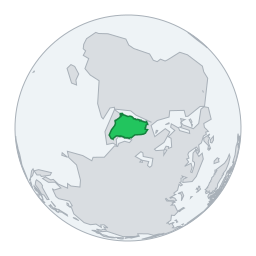 globe centered on Saudi Arabia, rotated 137°
{"feature_id": "SAU", "entity_name": "Saudi Arabia", "entity_type": "country or territory", "adm_level": 0, "iso_a3": "SAU", "parent_name": "Asia", "parent_adm1": "", "projection": "orthographic", "projection_center": [44.88, 24.248], "detail": "fine", "context": "on_globe", "style": "filled", "palette": "green", "viewbox_px": 256, "rotation_deg": 137, "n_neighbors": 0, "source": "natural_earth", "source_scale": "50m", "svg_char_len": 14013}
<svg xmlns="http://www.w3.org/2000/svg" viewBox="0 0 256 256"><g transform="rotate(137 128 128)"><circle cx="128" cy="128" r="113" fill="#eef3f6" stroke="#a8b0b8"/><path d="M152.3,18.0L149.6,17.4L148.8,17.3L152.2,18.0L153.3,18.4L148.4,17.3L149.8,18.0L141.2,16.9L129.0,15.5L123.4,15.9L108.8,17.2L109.4,17.3L104.3,18.4L103.0,19.0L100.6,19.4L101.7,19.6L104.0,19.1L105.3,19.1L104.8,19.6L101.7,20.0L101.5,19.9L100.3,20.3L99.0,20.4L99.4,20.6L95.7,21.3L98.5,21.3L94.9,22.4L92.7,22.7L94.0,21.8L92.1,21.3L90.7,21.7L99.2,19.1L108.0,17.2L116.8,15.9L125.7,15.4L134.7,15.6L143.6,16.4L152.3,18.0ZM81.9,25.2L76.7,27.8L74.2,29.0L73.6,29.4L81.9,25.2ZM70.2,31.3L70.9,30.9L74.5,29.0L75.0,29.0L79.3,27.0L80.1,26.8L84.1,25.4L82.3,26.7L78.4,28.8L75.0,30.2L73.2,31.4L75.4,31.1L68.2,35.2L61.8,40.6L60.1,41.7L58.4,41.4L60.9,38.3L58.7,39.2L58.9,39.9L54.5,43.2L53.3,44.4L52.8,45.2L53.9,44.5L52.2,46.1L51.4,45.6L53.0,44.2L53.2,44.3L54.3,43.0L53.8,43.2L61.8,36.9L70.2,31.3ZM15.4,132.5L16.0,137.3L17.5,145.7L18.4,152.0L19.0,156.3L19.2,157.2L17.3,149.1L16.1,140.8L15.4,132.5ZM84.8,24.8L84.5,25.1L83.9,25.2L84.8,24.8ZM86.9,24.0L86.5,23.9L87.4,23.5L87.7,23.6L86.9,24.0ZM156.9,19.2L157.7,19.5L156.0,18.9L156.9,19.2ZM87.1,24.2L89.1,22.9L90.8,22.2L92.9,22.0L87.1,24.2ZM157.5,19.5L159.4,20.5L161.6,21.1L156.5,20.4L156.6,19.5L154.2,18.7L156.4,19.3L157.5,19.5ZM105.0,18.8L102.5,19.3L105.1,18.6L105.0,18.8ZM106.4,18.4L112.7,16.7L116.2,16.4L113.4,16.9L118.3,16.5L117.0,17.1L113.9,17.5L111.9,17.5L112.9,17.8L106.4,18.4ZM153.4,20.0L153.1,20.2L152.4,19.8L153.4,20.0ZM106.0,19.1L106.9,18.7L110.1,18.4L108.7,19.2L108.1,19.0L106.0,19.1ZM120.3,16.1L122.4,16.2L121.9,16.7L122.6,16.8L117.2,17.1L120.3,16.1ZM107.2,19.3L108.0,19.6L106.0,20.2L105.3,19.5L107.2,19.3ZM111.4,18.0L112.9,17.9L111.6,18.2L111.4,18.0ZM99.5,22.8L100.6,22.1L102.3,21.8L99.5,22.8ZM108.4,19.7L109.0,19.5L109.8,19.4L110.0,19.8L108.4,19.7ZM117.2,17.6L116.6,17.8L119.4,17.4L119.1,18.0L115.6,18.2L117.0,18.3L116.9,18.5L114.1,18.5L117.2,17.6ZM112.5,19.8L107.9,20.5L105.5,21.8L103.9,22.0L108.0,20.0L112.5,19.8ZM113.7,19.0L112.6,19.5L111.1,19.4L111.0,19.0L113.7,19.0ZM120.2,18.3L121.5,17.4L122.3,17.5L120.2,18.3ZM112.1,20.2L113.2,20.0L112.0,20.2L112.1,20.2ZM118.0,18.8L118.4,18.5L119.2,18.5L118.0,18.8ZM115.1,20.1L113.6,20.2L113.5,19.9L115.1,20.1ZM116.6,19.5L117.7,19.6L114.3,19.7L116.7,19.3L116.6,19.5ZM118.7,18.9L119.3,18.8L118.4,19.1L118.7,18.9ZM116.4,21.3L112.2,21.5L111.9,20.7L116.0,20.6L116.4,21.3ZM34.6,141.0L31.4,122.5L34.3,117.4L35.8,110.0L57.2,91.7L60.6,94.6L76.2,95.7L77.9,97.1L74.9,102.6L85.7,112.2L90.5,108.0L101.4,113.5L109.4,114.1L114.3,103.4L101.2,102.1L100.1,96.6L111.5,92.9L123.1,94.5L123.0,92.4L116.7,87.3L120.3,83.8L114.6,85.3L116.2,87.5L112.6,88.7L111.0,86.7L112.3,85.5L109.1,84.2L103.5,91.1L104.5,94.1L95.4,94.3L96.3,99.5L93.5,101.5L91.0,93.5L92.0,90.9L86.6,81.9L84.8,84.6L89.7,93.4L87.7,92.5L85.3,96.7L85.6,92.7L80.7,82.9L73.2,83.1L61.9,92.0L57.9,91.7L55.3,88.2L61.2,77.7L69.5,79.6L71.7,76.4L71.5,70.7L74.0,72.0L75.0,70.0L78.3,70.7L84.4,67.1L87.9,67.4L91.8,62.0L94.1,61.6L91.2,64.8L91.0,67.5L100.1,68.8L102.2,67.9L104.0,64.4L106.3,65.4L106.8,61.8L112.7,61.3L106.0,59.2L107.9,55.5L112.2,53.2L111.6,51.7L104.6,55.6L102.8,57.5L103.3,59.7L97.5,65.3L94.1,65.8L95.6,58.9L90.9,59.0L94.1,54.0L111.1,46.0L117.6,45.1L125.1,50.8L122.8,52.9L118.9,51.7L121.2,56.0L121.7,54.1L123.5,55.1L125.8,52.3L127.3,52.9L127.0,49.3L129.0,49.7L129.1,52.0L134.2,48.7L138.8,49.1L139.3,48.1L138.5,46.9L144.8,48.5L144.9,47.7L142.8,46.9L141.6,44.8L141.9,42.0L144.1,42.7L144.3,43.8L148.0,47.4L148.1,50.6L149.0,50.6L149.4,48.1L144.9,43.6L144.5,41.7L147.0,43.5L146.1,42.7L146.5,42.0L149.0,42.1L146.5,40.0L148.7,32.7L153.8,32.4L155.7,34.6L159.6,31.3L165.0,32.0L163.1,31.1L163.6,29.3L161.9,29.1L161.1,28.5L161.7,24.8L163.5,24.7L161.6,22.7L160.7,22.4L159.2,22.3L156.5,20.4L161.6,21.1L163.6,21.8L165.4,22.0L169.7,23.8L174.0,25.7L177.6,28.0L180.8,29.6L181.1,29.5L185.7,31.8L193.8,37.3L185.6,33.0L173.1,26.3L178.1,28.9L176.5,28.5L178.0,29.6L181.5,31.6L182.2,31.7L185.5,36.9L193.0,44.0L193.7,42.3L196.5,43.6L205.7,51.9L213.9,66.9L217.8,70.0L219.7,72.8L220.0,75.6L217.2,71.5L215.2,71.0L213.6,68.5L213.1,72.1L210.8,68.7L211.5,73.5L214.0,75.7L215.3,73.5L216.9,79.5L221.4,82.9L224.6,88.7L226.2,102.1L223.7,108.1L224.2,110.2L221.8,109.1L220.7,114.4L226.9,123.6L227.4,126.9L224.7,135.3L224.3,133.0L218.0,129.9L218.3,138.1L223.2,142.5L224.9,149.3L221.8,148.5L219.9,142.7L217.7,141.4L217.2,134.4L213.2,125.2L210.1,128.6L209.3,124.5L203.4,117.6L198.3,122.3L190.8,136.1L191.5,146.8L188.2,152.3L179.9,138.7L176.8,128.7L173.5,130.4L165.3,122.8L150.0,124.1L148.2,121.5L145.2,123.0L139.5,120.6L136.9,116.3L133.3,116.7L140.4,128.1L144.3,127.7L148.1,122.9L149.3,127.1L154.8,130.4L147.4,141.0L125.3,150.7L123.8,142.6L110.3,119.9L111.1,117.4L111.0,117.1L110.9,116.6L109.0,120.6L106.9,116.1L113.4,132.0L114.3,138.7L125.0,151.1L123.8,152.4L127.5,154.9L140.0,151.6L139.9,154.2L133.6,166.5L116.9,182.3L119.5,192.5L119.0,200.8L109.4,205.6L111.2,211.6L106.4,213.3L106.7,216.5L103.3,219.4L97.4,221.6L86.4,219.9L85.0,217.1L78.4,210.6L68.9,194.5L70.9,188.1L69.6,182.2L61.7,167.4L63.3,160.3L61.4,156.6L57.3,156.2L55.2,151.7L52.8,150.9L38.5,148.1L34.6,141.0ZM48.6,102.5L47.8,104.7L48.6,102.5ZM134.7,101.9L142.1,102.3L139.9,95.4L142.6,95.1L140.8,93.0L139.7,94.9L135.7,89.3L139.3,87.3L138.9,84.4L136.4,84.2L130.5,88.8L136.3,96.8L134.1,99.6L134.7,101.9ZM54.6,43.2L54.6,43.3L53.7,44.3L53.4,44.4L54.6,43.2ZM54.2,46.4L51.4,48.9L53.2,47.0L52.3,47.4L54.8,44.1L59.3,42.1L56.8,43.5L54.2,46.4ZM59.5,39.7L57.4,41.7L59.5,39.6L59.5,39.7ZM76.9,59.9L77.6,61.4L75.6,63.3L71.1,63.7L73.9,60.8L76.9,59.9ZM78.9,63.2L81.6,56.7L84.5,56.5L82.4,57.6L84.1,58.1L81.2,60.2L81.3,66.7L79.6,68.9L72.2,67.9L75.6,66.9L74.8,65.3L78.9,63.2ZM83.3,43.3L84.5,41.2L89.3,43.3L87.6,45.0L83.0,45.3L82.3,43.4L83.3,43.3ZM90.6,24.3L90.8,23.9L91.6,23.7L92.2,23.8L90.6,24.3ZM99.9,22.5L90.9,25.9L90.6,25.6L85.6,28.3L82.9,28.6L86.2,26.7L80.5,29.2L82.4,27.7L78.5,29.6L86.2,25.4L87.6,24.3L87.0,25.3L89.4,25.0L90.9,24.6L96.3,22.6L100.6,20.6L103.7,20.2L104.8,20.5L104.2,21.0L102.4,21.0L102.9,21.6L99.8,22.0L99.9,22.5ZM115.0,28.5L113.1,27.7L113.7,30.3L110.6,30.1L110.9,30.5L108.2,31.1L105.3,32.6L104.1,32.3L103.5,33.1L101.7,33.6L100.5,34.6L97.9,34.5L96.2,35.7L95.9,35.0L93.8,37.2L94.2,35.6L91.9,36.4L92.7,37.5L81.4,36.4L76.3,37.6L71.9,39.7L73.2,37.1L78.3,33.7L84.9,30.6L89.5,29.9L89.3,29.1L91.5,28.6L90.8,29.5L93.2,27.8L94.8,27.7L100.6,25.9L103.1,23.9L105.3,23.3L105.1,24.1L107.4,23.0L108.6,24.1L110.2,23.7L112.9,24.6L111.7,26.5L113.6,26.0L115.7,26.8L115.0,28.5ZM117.1,21.6L116.3,23.5L114.2,24.4L110.3,22.6L108.6,22.7L106.1,21.9L109.2,20.6L109.6,20.9L110.8,20.9L109.3,21.3L111.4,21.1L112.0,21.6L113.8,21.6L113.0,22.1L117.1,21.6ZM80.6,95.3L82.1,95.9L84.6,96.1L83.1,99.0L80.6,95.3ZM77.1,88.7L78.6,88.6L77.7,92.4L76.1,92.0L77.1,88.7ZM80.2,85.5L78.7,88.3L78.6,86.5L80.2,85.5ZM92.6,64.7L94.2,64.5L94.1,65.4L92.8,66.5L92.6,64.7ZM116.0,37.3L115.3,36.4L116.0,36.1L116.6,33.8L118.9,33.9L119.5,35.3L116.0,37.3ZM111.6,105.1L108.9,107.0L107.9,105.9L109.0,105.4L111.6,105.1ZM95.0,103.1L98.4,105.0L94.5,103.9L95.0,103.1ZM118.7,37.1L118.6,36.0L119.8,36.7L118.7,37.1ZM120.6,33.9L122.2,34.5L119.2,33.7L120.6,33.9ZM158.3,233.0L159.2,233.4L157.4,233.7L158.3,233.0ZM138.6,199.4L131.9,213.2L126.5,213.3L125.0,209.4L127.2,201.1L133.4,198.6L136.3,194.5L138.6,199.4ZM234.8,157.6L235.6,156.9L235.5,157.4L234.8,157.6ZM234.1,157.1L235.2,156.0L233.7,158.3L234.1,157.1ZM235.5,155.5L236.6,153.3L237.1,152.0L236.9,153.1L235.5,155.5ZM233.3,158.0L227.8,162.4L225.3,162.9L226.2,160.7L230.2,158.3L233.3,158.0ZM225.9,160.8L221.8,158.5L214.4,147.5L217.1,146.6L224.5,151.7L224.1,153.4L226.6,155.7L225.9,160.8ZM234.9,145.2L234.4,150.0L231.6,152.1L230.2,152.5L229.3,147.5L229.8,144.1L231.1,143.3L234.5,129.6L236.0,130.8L235.2,136.1L236.3,139.0L234.9,145.2ZM192.1,147.7L195.0,153.2L193.0,154.8L192.1,147.7ZM234.9,121.1L234.2,127.0L234.5,119.8L234.9,121.1ZM234.4,114.8L235.0,116.9L234.0,115.4L234.4,114.8ZM225.1,113.3L223.8,114.8L223.3,113.2L224.6,110.5L225.1,113.3ZM227.1,93.8L228.9,98.3L229.3,100.1L227.8,97.8L227.1,93.8ZM138.6,38.4L135.2,41.3L134.2,43.9L136.1,46.0L132.0,44.5L133.4,40.5L138.6,38.4ZM147.2,33.2L145.5,31.7L147.2,31.7L147.8,32.1L147.2,33.2ZM145.5,32.7L141.7,32.1L141.3,30.9L144.4,31.6L145.5,32.7ZM130.1,34.1L128.9,34.9L128.0,34.2L130.1,34.1ZM216.0,198.3L215.6,198.7L218.1,195.5L222.1,188.5L222.5,188.1L225.1,182.7L230.9,173.1L235.8,160.4L236.2,159.3L233.4,167.7L230.0,175.9L225.9,183.7L221.2,191.2L216.0,198.3ZM236.7,155.3L238.1,150.2L238.5,149.0L236.7,155.3ZM240.3,136.9L240.4,135.4L240.5,132.9L240.3,133.2L240.6,130.1L240.6,130.8L240.3,136.9ZM239.4,139.9L239.3,141.2L239.1,140.8L239.4,139.9ZM239.7,138.5L240.1,138.2L239.6,139.7L239.7,138.5ZM237.0,139.3L237.3,141.7L238.4,138.4L237.5,142.1L237.9,145.7L237.5,147.9L237.2,143.8L236.6,149.4L236.1,149.9L236.1,145.8L236.8,139.7L237.3,136.8L239.0,133.2L237.0,139.3ZM239.8,135.1L239.7,132.2L239.7,129.7L240.0,131.0L239.8,135.1ZM238.6,125.6L237.4,123.0L236.9,125.4L237.5,118.1L238.6,121.8L238.6,125.6ZM236.8,118.3L236.4,120.5L236.5,116.5L236.8,118.3ZM236.0,119.5L235.4,117.0L236.0,116.6L236.0,119.5ZM237.2,117.9L236.4,113.3L237.2,115.5L237.2,117.9ZM233.8,111.5L236.0,114.2L234.0,114.5L231.6,106.1L232.2,105.0L233.8,111.5ZM222.7,73.8L221.3,71.8L221.2,70.5L222.2,72.2L222.7,73.8ZM219.7,65.3L220.7,69.6L221.3,73.3L222.2,73.8L224.3,78.0L221.7,75.3L219.7,69.9L219.7,67.8L217.5,64.6L216.2,61.6L213.2,58.1L212.0,56.2L214.7,58.7L219.7,65.3ZM211.9,56.8L206.3,50.7L207.2,50.2L208.6,51.4L210.8,54.3L210.2,54.4L211.9,56.8ZM205.2,49.1L204.5,49.3L194.8,42.4L193.0,40.9L200.9,45.4L200.7,45.8L202.9,47.7L205.2,49.1ZM154.3,20.5L153.2,20.2L154.1,20.2L154.3,20.5ZM160.1,28.4L159.1,27.7L160.2,27.6L160.1,28.4ZM156.8,25.8L156.3,26.4L155.9,25.5L156.8,25.8ZM155.3,27.9L155.6,26.5L156.6,28.2L155.3,27.9Z" fill="#d9dde1" stroke="#a8b0b8" stroke-width="1"/><path d="M141.2,138.0L140.7,138.1L140.3,138.1L139.8,138.2L139.3,138.3L138.8,138.4L138.2,138.5L137.6,138.6L137.0,138.7L136.5,138.8L136.0,138.9L135.7,139.0L135.4,139.2L134.9,139.5L134.4,139.7L134.1,139.9L133.9,140.2L133.7,140.4L133.5,140.7L133.3,141.0L133.1,141.3L133.0,141.5L132.8,141.9L132.7,142.1L132.3,142.3L131.9,142.3L131.8,142.0L131.6,141.8L131.5,141.7L131.4,141.7L131.1,141.7L130.7,141.7L130.2,141.7L129.7,141.7L129.2,141.6L128.7,141.4L128.1,141.4L127.7,141.4L127.4,141.4L127.0,141.4L126.6,141.4L126.5,141.5L126.4,141.5L126.2,141.6L125.8,141.5L125.7,141.4L125.5,141.2L125.4,141.2L125.1,141.2L125.0,141.3L124.8,141.5L124.8,141.8L124.7,142.0L124.7,142.3L124.7,142.5L124.8,142.6L124.8,142.8L124.7,142.8L124.6,143.0L124.4,143.1L124.1,143.4L124.0,143.0L123.9,142.9L123.9,142.7L123.6,142.4L123.5,142.1L123.3,141.9L123.2,141.7L123.2,141.3L122.7,140.9L122.1,140.4L122.0,140.2L121.7,139.7L121.6,139.3L121.2,138.8L121.2,138.7L121.1,138.2L120.7,137.2L120.4,136.9L120.4,136.7L120.1,136.6L119.9,136.2L119.2,135.7L118.8,135.6L118.5,135.4L118.3,135.1L118.1,134.7L117.7,134.2L117.4,133.6L117.5,133.3L117.5,133.1L117.4,132.9L117.3,132.6L117.3,132.4L117.3,132.1L117.4,131.8L117.4,131.6L117.5,131.4L117.5,131.0L117.4,130.8L117.4,130.7L117.2,130.5L117.3,130.5L117.1,130.2L117.0,129.8L116.9,129.6L116.6,129.1L116.5,128.8L116.2,128.4L115.9,128.1L115.6,127.9L115.4,127.8L115.2,127.6L114.9,127.6L114.7,127.2L114.6,126.9L114.3,126.5L114.4,126.4L114.5,126.2L114.4,126.0L114.4,125.9L114.3,125.6L113.9,124.9L113.7,124.6L113.6,124.3L113.6,124.1L113.3,123.9L112.9,122.9L112.6,122.6L112.5,122.3L112.3,121.9L112.1,121.6L111.8,121.2L111.6,120.6L111.2,120.0L111.1,119.9L110.7,119.8L110.5,119.7L110.3,119.9L110.3,119.7L110.6,119.0L110.7,118.6L111.1,117.4L111.4,117.5L111.7,117.5L112.1,117.6L112.6,117.7L112.8,117.8L113.3,117.5L113.7,117.3L113.9,116.9L114.1,116.6L114.5,116.5L115.0,116.5L115.4,116.4L115.5,116.4L115.6,116.1L115.7,115.8L115.8,115.7L116.1,115.5L116.3,115.4L116.1,115.1L115.8,114.8L115.6,114.4L115.3,114.1L115.0,113.7L114.8,113.4L115.2,113.3L115.7,113.2L116.1,113.1L116.7,113.0L117.2,112.9L117.8,112.7L118.2,112.6L118.5,112.4L118.8,112.4L119.4,112.6L119.9,112.7L120.5,112.8L121.2,113.2L121.5,113.5L122.0,113.7L122.5,114.0L122.8,114.3L123.3,114.6L123.6,114.9L124.1,115.3L124.6,115.7L125.0,116.1L125.6,116.5L126.1,117.0L126.7,117.5L127.1,117.8L127.7,118.3L128.3,118.3L129.1,118.4L129.8,118.5L130.5,118.5L130.8,118.5L131.2,118.5L131.6,118.6L131.9,118.6L132.4,118.6L132.5,118.9L132.6,119.2L132.7,119.4L132.8,119.5L133.2,119.5L133.5,119.5L133.8,119.5L134.1,119.5L134.3,119.7L134.3,119.9L134.5,120.3L134.8,120.6L134.9,120.9L134.8,121.0L135.0,121.3L135.3,121.4L135.6,121.5L135.7,121.9L135.9,122.1L136.1,122.2L136.5,122.5L136.9,122.8L137.2,123.1L137.0,123.4L137.2,123.5L137.3,123.6L137.4,123.8L137.3,124.2L137.2,124.2L137.2,124.5L137.3,124.7L137.4,124.9L137.5,125.1L137.9,125.5L138.0,125.7L138.1,126.1L138.3,126.4L138.4,126.6L138.6,126.7L138.7,126.9L138.8,127.1L139.0,127.1L139.4,127.0L139.5,127.1L139.6,127.3L139.5,127.6L139.8,127.6L140.0,127.6L140.0,127.9L140.0,128.0L140.2,128.3L140.3,128.4L140.4,128.5L140.5,128.6L140.7,128.9L140.8,129.0L141.0,129.2L141.1,129.4L141.2,129.5L141.3,129.6L141.5,129.7L141.6,129.9L141.7,130.0L141.8,130.1L142.0,130.2L142.4,130.2L142.7,130.3L143.0,130.3L143.4,130.3L143.8,130.3L144.2,130.4L144.6,130.4L145.0,130.4L145.3,130.4L145.6,130.5L145.9,130.5L146.1,130.5L146.3,130.5L146.5,130.5L146.6,130.3L146.7,130.6L146.9,130.7L147.0,131.0L147.4,131.5L147.5,131.7L147.5,131.9L147.4,132.1L147.4,132.3L147.3,132.5L147.2,132.8L147.2,133.0L147.1,133.4L147.0,133.6L147.0,133.9L146.9,134.1L146.9,134.3L146.8,134.5L146.7,135.0L146.6,135.4L146.6,135.7L146.4,135.8L146.1,135.9L145.8,136.0L145.4,136.2L145.1,136.3L144.8,136.4L144.5,136.6L144.2,136.7L143.9,136.8L143.6,137.0L143.3,137.1L143.0,137.2L142.7,137.4L142.4,137.5L142.0,137.6L141.7,137.7L141.4,137.9L141.2,138.0ZM122.6,142.7L122.9,142.7L122.9,142.9L122.9,143.0L122.8,142.9L122.7,142.8L122.4,142.8L122.2,142.6L122.2,142.4L122.3,142.4L122.3,142.1L122.5,142.3L122.5,142.5L122.6,142.7ZM113.9,125.4L113.7,125.2L113.2,124.9L113.3,124.7L113.3,124.8L113.6,125.0L113.9,125.3L114.0,125.3L113.9,125.4ZM113.4,124.7L113.4,124.4L113.4,124.5L113.4,124.7Z" fill="#22c55e" stroke="#15803d" stroke-width="1.5"/></g></svg>